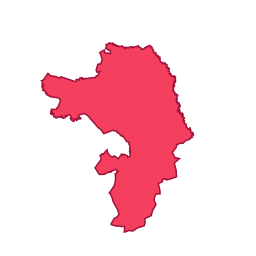 outline of Gramzdas pag., Priekules, Latvia, rotated 236°
{"feature_id": "27541924B36591248558487", "entity_name": "Gramzdas pag.", "entity_type": "district", "adm_level": 2, "iso_a3": "LVA", "parent_name": "Latvia", "parent_adm1": "Priekules", "projection": "mercator", "projection_center": [21.675, 56.36], "detail": "fine", "context": "isolated", "style": "filled", "palette": "rose", "viewbox_px": 256, "rotation_deg": 236, "n_neighbors": 0, "source": "geoboundaries", "source_scale": "gbopen_adm2", "svg_char_len": 5919}
<svg xmlns="http://www.w3.org/2000/svg" viewBox="0 0 256 256"><g transform="rotate(236 128 128)"><path d="M55.4,117.7L58.5,119.6L65.4,122.2L64.7,123.6L64.3,126.5L65.8,127.3L65.6,128.7L66.0,129.6L64.7,130.2L64.4,131.0L63.5,130.8L63.2,131.4L62.0,134.7L60.4,140.9L65.9,144.2L73.1,146.8L73.8,153.5L76.3,151.3L76.7,150.4L82.9,150.9L84.8,156.8L87.1,159.4L86.4,160.4L86.5,162.5L85.6,163.3L84.6,165.3L85.1,167.2L85.1,169.8L84.1,172.8L85.2,174.2L84.3,175.2L84.4,176.3L85.4,176.1L86.2,176.7L86.2,177.9L85.5,178.0L85.7,178.5L86.5,178.3L87.0,178.9L87.6,178.4L87.7,179.0L88.5,178.9L88.6,178.5L88.2,178.0L89.8,177.6L90.6,178.5L91.3,178.4L91.5,179.0L92.4,178.9L93.3,179.5L93.5,179.3L93.3,178.8L92.6,178.5L93.6,177.2L95.4,177.3L96.0,176.7L98.5,178.3L99.1,177.6L100.0,177.5L100.0,177.0L100.3,177.6L101.1,177.5L101.1,178.0L102.0,177.9L102.4,178.6L102.8,177.9L103.0,178.6L103.9,178.5L104.7,180.3L105.0,180.0L104.8,179.6L105.6,180.1L106.9,179.2L106.9,179.8L107.5,179.6L107.2,180.0L108.5,181.4L109.2,181.1L109.5,180.3L109.9,180.7L109.8,180.0L110.1,179.5L110.7,179.9L111.2,179.4L111.5,179.9L112.4,179.4L112.7,179.6L112.3,179.8L112.6,180.4L113.4,180.3L113.9,179.7L113.6,178.7L114.8,178.7L115.1,178.9L114.3,179.2L114.5,180.0L114.3,181.1L116.6,181.1L116.4,181.5L117.1,181.9L116.7,182.3L117.7,183.0L116.8,183.4L117.2,183.7L118.7,183.9L119.3,183.3L119.9,184.2L120.6,184.1L120.9,183.8L121.0,182.7L121.8,183.3L121.8,182.8L122.7,182.7L123.3,183.5L124.2,183.5L124.1,184.0L124.6,184.4L124.2,184.6L124.8,185.2L126.6,185.6L127.0,186.4L126.9,187.0L127.4,187.5L129.2,186.9L128.7,186.2L129.3,185.6L131.7,186.8L132.0,186.6L131.8,186.1L133.5,185.9L133.7,186.7L134.4,187.3L136.1,188.0L136.2,188.7L137.8,188.7L138.0,189.1L136.9,190.1L137.7,190.6L139.3,190.5L139.7,191.5L139.3,191.9L139.6,192.9L140.5,192.3L140.5,193.6L141.1,193.4L141.8,194.7L143.2,194.6L143.8,195.9L145.5,195.3L145.7,194.9L145.1,194.5L145.9,194.0L145.9,193.4L147.9,193.2L148.8,193.9L149.6,193.2L149.3,192.7L149.5,192.4L150.8,193.7L151.7,193.9L152.7,193.4L153.8,195.4L154.3,195.3L153.9,194.2L155.3,195.1L156.8,194.8L156.3,193.7L156.5,193.4L158.5,195.7L159.1,195.2L160.0,195.3L160.4,194.6L161.3,194.9L161.0,193.7L161.6,193.2L162.7,193.6L163.1,193.1L162.7,192.7L163.0,192.4L165.1,192.1L167.7,192.7L167.2,193.1L168.3,193.7L168.1,193.0L169.0,193.4L169.4,192.8L169.9,193.5L170.6,193.4L170.2,192.8L170.5,192.3L172.2,192.8L172.5,191.7L174.9,193.2L175.3,192.9L174.9,192.0L175.8,191.5L177.6,191.9L178.1,192.6L178.5,192.3L181.5,193.0L181.9,192.7L181.9,192.1L183.3,192.8L184.4,192.0L184.8,190.4L184.0,189.3L185.1,188.5L184.8,186.9L185.0,186.7L184.8,186.5L185.0,186.2L184.7,185.3L184.9,184.3L185.6,184.0L185.2,183.7L185.8,183.2L187.6,183.4L189.4,182.1L190.1,182.4L189.9,181.8L190.8,181.2L191.5,178.4L191.9,178.2L191.7,177.3L192.8,177.1L193.0,176.4L193.8,175.8L193.9,174.7L194.3,174.4L193.9,173.8L194.6,172.5L195.7,172.1L195.6,170.2L196.1,170.5L196.4,169.7L196.9,170.1L198.2,169.1L199.3,169.1L199.2,168.5L199.4,167.7L200.3,167.2L200.5,166.0L201.8,165.5L201.7,165.2L202.2,165.1L202.4,164.4L203.7,164.6L204.1,164.1L203.8,163.8L204.2,163.8L204.4,163.1L205.5,163.2L205.4,162.2L206.9,162.8L207.6,160.8L208.1,160.7L207.9,160.4L208.4,159.9L209.1,159.8L208.8,158.4L209.4,156.5L208.0,156.4L206.7,154.1L203.4,155.4L202.2,156.8L199.3,154.9L201.7,153.1L201.8,152.4L203.2,150.7L205.8,152.1L206.2,150.1L206.2,146.7L203.8,146.4L199.1,144.8L196.5,141.3L197.7,138.7L194.1,134.2L192.0,133.4L191.3,133.8L191.2,135.3L190.6,136.5L188.2,131.7L188.9,130.9L188.3,129.7L188.2,129.0L191.4,123.2L191.6,121.8L192.9,120.8L192.9,119.6L193.7,118.5L193.2,117.9L194.1,117.5L194.4,118.5L195.2,118.3L195.4,117.0L196.5,116.5L195.0,114.2L196.6,113.6L197.0,111.9L195.8,111.6L196.1,110.1L208.0,101.0L207.5,98.9L210.3,97.6L215.0,92.7L217.3,92.6L218.1,92.1L215.7,86.2L215.2,84.2L215.5,82.8L214.8,83.1L213.0,81.8L212.1,82.1L212.4,81.5L211.1,80.9L211.2,81.9L210.9,82.0L210.4,81.3L210.7,80.3L209.5,80.4L209.4,79.9L209.7,79.6L208.8,79.4L207.3,79.6L207.4,79.3L206.9,79.2L206.9,78.6L204.7,79.9L203.1,79.4L203.3,79.9L203.1,80.0L202.5,79.3L201.9,80.0L200.9,79.4L200.0,79.8L199.9,80.3L198.1,80.6L197.8,81.6L197.1,81.4L191.7,87.3L188.5,87.5L184.6,81.8L184.3,81.3L184.5,80.7L183.6,78.8L186.3,74.9L185.5,74.5L184.8,73.2L184.2,73.4L183.9,74.1L183.2,73.8L183.0,72.8L183.9,72.6L183.3,71.9L181.4,72.5L181.3,73.1L181.9,74.0L181.3,74.3L178.6,72.8L178.3,73.5L176.8,73.8L176.1,74.6L176.6,75.3L176.6,75.8L175.4,77.1L175.4,78.8L174.6,78.4L174.2,78.8L174.7,79.5L174.4,80.1L172.7,79.4L172.2,79.8L172.2,80.6L171.7,81.6L173.2,83.1L171.8,83.8L171.9,84.7L172.4,85.9L172.0,86.6L170.0,87.4L168.5,86.5L168.2,85.7L167.6,86.3L167.6,85.8L167.1,85.6L166.7,86.3L166.2,85.5L163.9,86.5L163.9,87.5L164.3,88.3L165.3,88.3L165.0,89.6L164.6,90.0L163.0,89.7L163.2,91.3L164.2,90.9L164.4,92.4L163.9,93.1L162.4,93.0L162.1,93.6L162.7,94.4L163.9,93.7L166.3,93.9L164.7,99.5L161.6,101.4L145.0,103.5L141.9,104.7L136.8,104.7L134.6,114.2L132.8,115.4L132.3,116.8L130.4,117.0L130.2,116.5L128.4,117.7L125.9,117.6L125.6,117.8L125.7,118.3L124.3,118.7L123.9,119.4L123.6,119.0L123.2,119.4L117.8,119.3L117.0,119.6L116.6,120.5L114.8,120.8L114.3,119.8L112.0,119.6L109.9,117.7L108.9,118.0L108.2,116.5L106.8,116.9L107.0,115.9L104.3,114.7L103.5,113.5L103.7,111.4L105.3,111.9L108.5,110.0L108.1,109.0L110.0,108.2L107.9,102.8L112.6,101.0L112.4,99.3L114.7,97.6L119.0,97.4L121.6,98.5L121.1,95.8L120.4,95.0L120.5,93.4L119.9,92.8L121.2,92.0L120.7,91.0L120.9,89.4L118.0,88.9L116.8,87.6L113.4,78.4L105.6,78.2L102.8,82.6L102.4,86.4L101.2,89.1L101.7,89.0L100.4,94.8L97.7,95.5L97.8,94.0L97.4,94.1L96.7,92.7L97.2,91.7L95.8,91.2L91.2,88.0L88.0,84.6L84.5,76.0L83.6,76.6L78.9,75.8L75.6,74.6L65.3,73.6L61.1,72.0L60.4,68.8L60.4,67.4L60.8,66.1L57.9,60.2L57.3,60.1L52.9,63.7L52.8,64.6L49.5,68.0L48.2,70.2L43.9,66.7L43.1,68.4L42.7,71.2L40.0,74.2L39.8,77.9L40.2,78.8L37.9,86.9L40.8,90.0L43.5,90.8L42.4,98.3L45.7,102.0L48.8,108.3L53.6,109.3L56.5,112.1L57.6,114.7L55.4,117.7Z" fill="#f43f5e" stroke="#9f1239" stroke-width="1.5"/></g></svg>